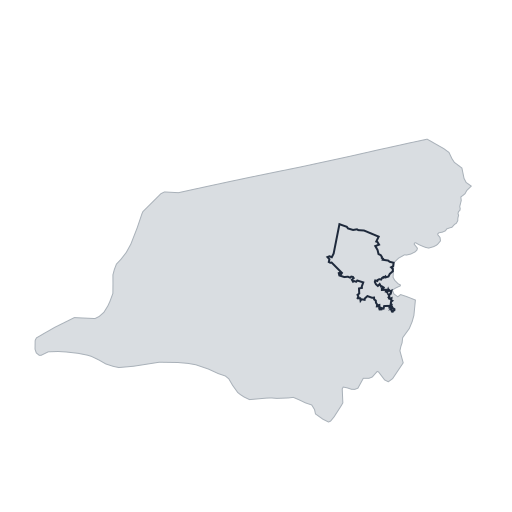 Homs, Homs (Hims), Syria (highlighted), rotated 201°
{"feature_id": "27442178B91557549439519", "entity_name": "Homs", "entity_type": "district", "adm_level": 2, "iso_a3": "SYR", "parent_name": "Syria", "parent_adm1": "Homs (Hims)", "projection": "orthographic", "projection_center": [36.55, 34.443], "detail": "medium", "context": "in_parent", "style": "outline", "palette": "slate", "viewbox_px": 512, "rotation_deg": 201, "n_neighbors": 0, "source": "geoboundaries", "source_scale": "gbopen_adm2", "svg_char_len": 4037}
<svg xmlns="http://www.w3.org/2000/svg" viewBox="0 0 512 512"><g transform="rotate(201 256 256)"><path d="M87.4,186.0L91.5,186.4L100.1,191.7L101.5,191.6L104.1,184.7L106.7,182.3L112.0,180.3L113.5,169.1L116.0,166.9L119.0,165.8L123.6,165.6L127.6,164.9L127.9,162.9L122.3,150.0L122.8,146.7L125.5,133.7L127.2,128.6L128.8,127.0L135.1,127.6L143.9,129.9L146.3,133.6L150.6,136.9L157.1,136.6L164.6,137.2L170.5,137.4L175.1,135.0L185.6,130.5L190.8,129.0L195.5,127.0L210.6,119.6L216.7,120.1L220.9,121.0L224.1,122.0L231.4,126.8L237.4,131.6L241.6,133.0L249.1,132.7L259.9,133.4L273.2,132.9L280.9,131.4L290.7,128.6L308.2,122.2L330.8,109.2L344.1,102.7L349.9,101.8L357.6,101.4L365.2,102.6L373.9,103.3L377.9,103.0L387.2,101.4L399.1,98.3L406.6,95.9L415.6,92.1L421.0,86.3L422.8,85.6L425.2,86.4L426.4,86.8L428.9,89.8L431.8,97.7L431.9,98.6L431.6,100.9L426.0,107.9L418.3,117.3L412.8,123.3L403.5,133.4L396.2,135.8L383.9,139.9L380.7,143.4L377.8,149.0L376.4,156.4L376.1,161.1L376.2,169.8L379.5,178.6L382.8,187.1L383.4,192.7L383.4,198.4L380.9,204.5L378.4,212.8L377.1,222.2L377.0,239.6L377.6,254.5L377.5,256.9L372.7,267.6L367.1,280.1L364.4,283.0L351.1,287.3L336.7,296.8L320.5,307.4L305.8,317.0L290.2,327.1L274.1,337.4L262.5,344.8L246.9,354.7L232.7,364.0L218.3,373.4L207.3,380.6L190.5,391.8L180.7,398.4L166.1,408.0L153.3,416.5L138.1,426.4L119.0,423.5L112.9,421.8L108.0,417.1L104.4,414.5L95.3,411.9L89.6,403.0L86.1,399.9L80.1,398.4L82.7,392.7L83.2,389.0L85.9,384.5L84.3,381.4L83.5,375.1L82.4,373.5L82.0,371.8L82.9,369.8L82.5,367.7L81.5,366.8L81.1,363.6L80.3,361.3L80.7,358.4L82.0,356.6L83.4,353.0L85.0,351.9L87.6,349.7L88.2,347.4L90.5,345.1L93.6,343.2L94.3,341.7L93.8,340.9L90.8,339.2L89.2,336.2L90.7,331.9L91.6,330.5L93.5,328.4L97.6,325.3L100.8,324.8L103.5,324.8L108.2,325.0L111.8,325.6L112.7,324.8L112.6,323.8L108.1,321.1L107.9,319.1L109.0,316.8L112.2,313.3L115.9,310.8L117.8,310.3L122.1,305.1L124.9,299.3L120.4,285.2L117.8,283.0L113.4,281.0L110.8,280.7L110.6,279.8L114.1,276.2L116.5,273.1L113.8,270.1L109.0,268.7L107.2,271.8L101.0,272.1L91.4,272.0L87.3,257.1L86.7,250.6L86.9,243.2L89.8,232.3L88.5,227.2L88.4,223.8L87.7,219.1L80.3,209.0L84.5,190.5L87.4,186.0Z" fill="#d9dde1" stroke="#a8b0b8" stroke-width="1"/><path d="M181.7,315.8L189.5,315.6L184.4,286.1L184.8,282.0L187.3,282.1L188.9,280.6L186.3,279.3L185.9,276.5L184.2,276.3L183.1,277.0L169.7,271.0L170.0,269.7L171.9,270.4L172.6,269.7L171.2,267.7L166.0,268.0L162.8,269.6L160.4,269.5L159.7,270.9L158.0,271.2L156.9,270.4L158.0,268.2L156.2,266.8L155.6,267.7L153.2,267.9L152.7,269.4L146.4,269.8L146.3,265.3L145.7,264.2L148.2,262.6L146.2,258.0L147.3,256.1L146.0,255.0L146.0,252.2L145.5,253.4L143.6,253.9L142.4,251.8L142.0,253.4L138.9,254.0L139.2,255.3L137.6,258.5L132.6,258.6L130.9,259.5L130.1,257.8L128.2,257.3L127.3,255.4L125.4,254.0L125.1,252.3L124.2,252.7L124.2,253.9L123.3,254.5L122.4,252.4L121.2,252.4L122.2,251.3L121.5,250.4L119.6,251.2L119.5,252.4L118.1,252.6L118.4,255.2L114.7,256.8L113.8,257.0L112.9,255.6L111.6,256.9L110.6,254.3L109.1,252.8L108.4,253.0L108.3,254.1L107.4,254.9L107.7,256.0L109.0,256.3L110.7,255.2L110.1,256.4L110.8,257.5L111.5,258.0L113.3,257.6L112.2,259.4L113.1,259.8L113.5,261.7L112.8,262.9L113.8,262.9L114.4,265.1L115.4,264.0L116.5,264.0L116.6,265.1L117.4,265.0L117.3,266.7L118.4,267.4L116.7,269.0L117.1,272.1L118.0,271.1L119.4,271.9L119.8,271.1L120.7,272.2L120.7,270.6L121.5,270.5L120.6,269.0L121.6,269.4L121.6,270.3L122.2,269.7L122.6,271.0L126.3,269.4L126.8,270.6L125.5,271.2L125.4,272.3L127.8,272.8L128.3,272.3L130.5,274.1L131.5,271.7L133.9,272.6L135.8,274.4L135.9,275.9L133.8,276.1L133.9,277.1L132.6,278.5L130.7,278.9L130.5,280.5L129.6,281.9L129.0,281.6L128.7,282.4L127.7,282.4L127.7,283.3L126.8,282.9L125.0,284.3L124.7,287.3L122.8,290.8L123.7,293.0L125.8,293.9L124.3,295.6L125.1,299.0L129.2,298.5L131.0,299.1L136.4,297.9L136.4,299.0L137.9,299.3L138.2,300.3L139.9,301.5L142.3,301.7L144.7,305.2L148.2,308.0L145.2,310.7L147.7,312.6L148.9,312.6L148.4,318.0L164.3,318.5L169.8,316.8L171.3,317.1L174.7,315.1L180.0,314.7L181.7,315.8Z" fill="none" stroke="#1e293b" stroke-width="2"/></g></svg>